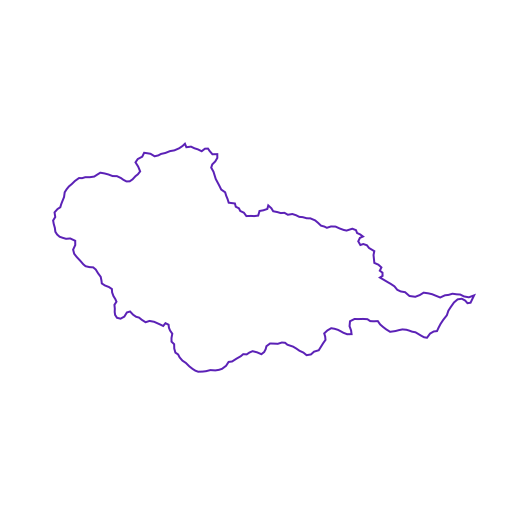 the district of Bocaina de Minas, Minas Gerais, Brazil, rotated 232°
{"feature_id": "56859067B74757046772552", "entity_name": "Bocaina de Minas", "entity_type": "district", "adm_level": 2, "iso_a3": "BRA", "parent_name": "Brazil", "parent_adm1": "Minas Gerais", "projection": "albers", "projection_center": [-44.499, -22.241], "detail": "fine", "context": "isolated", "style": "outline", "palette": "violet", "viewbox_px": 512, "rotation_deg": 232, "n_neighbors": 0, "source": "geoboundaries", "source_scale": "gbopen_adm2", "svg_char_len": 3790}
<svg xmlns="http://www.w3.org/2000/svg" viewBox="0 0 512 512"><g transform="rotate(232 256 256)"><path d="M189.4,169.2L187.6,172.2L187.1,177.5L186.4,182.3L186.5,185.5L184.2,188.1L184.0,191.3L183.1,194.7L179.5,197.5L175.3,199.8L175.3,203.3L176.6,206.2L178.5,208.7L178.4,213.2L176.0,216.1L173.4,219.1L171.9,223.1L169.7,225.5L166.8,226.1L164.2,227.8L161.8,229.4L158.2,230.8L154.6,231.9L150.7,233.9L146.7,234.8L144.6,238.7L144.9,242.8L143.1,247.4L144.6,251.6L146.0,255.4L147.1,259.1L149.9,260.9L153.0,262.1L153.4,266.4L152.8,270.8L150.4,273.0L147.4,275.1L144.8,276.3L141.7,277.6L138.2,279.7L135.6,283.2L138.8,285.1L143.1,286.5L146.7,289.9L145.7,294.9L143.6,297.4L140.5,301.6L137.6,304.9L134.4,305.9L132.2,308.4L129.7,311.9L125.6,311.7L122.0,312.4L118.1,313.4L113.7,315.0L111.0,319.7L109.6,323.0L108.0,326.2L105.3,329.1L102.9,330.8L100.3,332.4L97.7,334.7L94.9,335.8L91.5,337.1L88.5,338.4L86.3,340.4L87.7,345.4L87.1,349.6L85.4,352.4L87.1,355.7L88.9,359.7L90.4,364.2L91.8,369.9L94.5,374.0L95.9,378.1L97.5,383.4L97.7,388.2L95.6,391.9L92.1,393.4L88.6,393.6L87.1,396.3L90.7,403.6L92.4,398.3L96.1,395.0L99.9,393.2L102.3,390.5L105.3,387.6L106.8,383.8L108.7,380.7L109.9,375.6L114.4,373.0L117.4,371.3L120.5,368.8L123.9,365.5L124.4,361.0L125.8,356.4L130.0,352.3L135.7,351.2L139.0,348.2L142.4,346.5L146.9,346.4L151.1,345.0L153.8,343.9L158.4,342.1L162.7,340.4L162.4,343.5L165.0,345.4L168.2,344.5L169.8,347.8L173.8,347.1L177.7,345.0L181.2,347.2L184.4,349.2L187.0,352.2L192.7,350.0L196.2,350.0L199.4,347.9L200.4,345.0L204.6,345.6L206.3,349.0L205.5,352.3L208.8,351.4L211.9,349.8L214.8,350.7L218.2,348.7L220.3,343.0L222.6,341.1L226.3,338.8L230.2,336.8L233.1,333.3L234.6,329.2L237.1,328.0L239.9,325.9L244.0,325.3L247.7,324.5L252.2,322.0L254.5,319.2L257.9,316.7L260.2,314.2L263.4,312.7L266.7,310.5L268.9,306.5L272.5,305.0L274.6,301.9L277.3,300.0L280.7,297.1L284.2,297.5L288.3,296.8L286.1,293.9L287.5,289.9L289.3,286.5L286.5,282.6L288.5,279.2L290.6,276.8L293.4,273.0L297.6,273.1L301.2,271.3L304.1,271.9L307.3,270.4L310.4,271.7L314.8,267.3L318.5,268.7L321.8,269.6L325.2,270.9L329.8,269.5L334.1,270.4L341.5,271.7L348.6,274.4L353.2,275.1L355.1,277.9L355.6,282.1L357.1,285.9L360.1,288.2L363.0,284.3L367.4,284.1L370.2,284.3L372.0,281.8L372.0,277.7L375.9,275.8L378.8,273.8L382.2,272.1L384.6,268.1L388.2,269.1L387.9,265.9L388.2,261.7L389.5,256.7L391.6,252.8L393.0,248.0L394.9,244.0L395.4,241.0L397.0,237.5L401.5,235.8L404.0,233.5L406.2,231.4L404.3,227.5L405.2,222.5L404.0,218.7L399.0,218.2L394.0,216.8L393.1,213.2L393.1,210.2L392.4,205.9L392.6,202.4L394.6,199.8L397.7,198.4L400.5,197.6L404.5,195.6L407.3,192.2L411.1,189.9L414.4,187.4L417.5,184.6L417.9,180.7L418.2,177.4L420.5,173.4L423.2,170.0L424.4,166.9L426.4,164.5L426.6,159.5L426.1,155.0L426.0,151.4L425.2,147.9L424.0,144.5L420.6,141.0L418.3,137.0L416.7,134.3L414.9,131.8L415.2,128.5L414.4,124.1L410.3,121.8L408.9,118.0L405.9,116.4L402.0,114.8L398.6,112.8L395.4,112.5L392.1,113.1L389.3,114.9L386.5,116.9L384.2,120.4L379.3,122.9L375.9,120.3L373.6,115.8L369.7,114.1L365.8,114.1L360.1,114.6L355.8,114.8L352.9,115.4L349.8,117.9L347.3,120.7L344.0,121.4L339.6,120.9L335.2,120.8L331.8,119.1L329.3,117.6L325.8,118.8L322.1,121.0L318.7,122.1L315.9,120.2L312.2,119.0L308.6,118.6L305.9,117.9L304.7,114.4L301.4,112.3L298.9,110.2L296.3,108.7L292.9,108.4L290.0,110.7L289.3,114.9L291.0,119.5L289.8,122.6L285.4,123.0L281.9,124.1L279.5,125.9L276.1,126.7L271.8,128.2L270.4,132.1L266.9,135.2L261.6,138.0L258.0,139.8L258.8,143.3L255.7,144.8L253.0,143.2L250.2,142.4L246.3,142.2L243.4,138.9L240.5,136.7L236.9,137.2L233.4,134.6L229.5,133.0L226.4,134.0L223.1,133.4L218.9,133.6L214.9,134.9L210.1,135.5L206.1,136.5L203.0,137.6L200.4,139.2L197.9,142.6L196.0,145.7L194.2,149.8L190.9,153.5L189.1,156.7L188.0,159.8L187.9,164.8L189.4,169.2Z" fill="none" stroke="#5b21b6" stroke-width="2"/></g></svg>